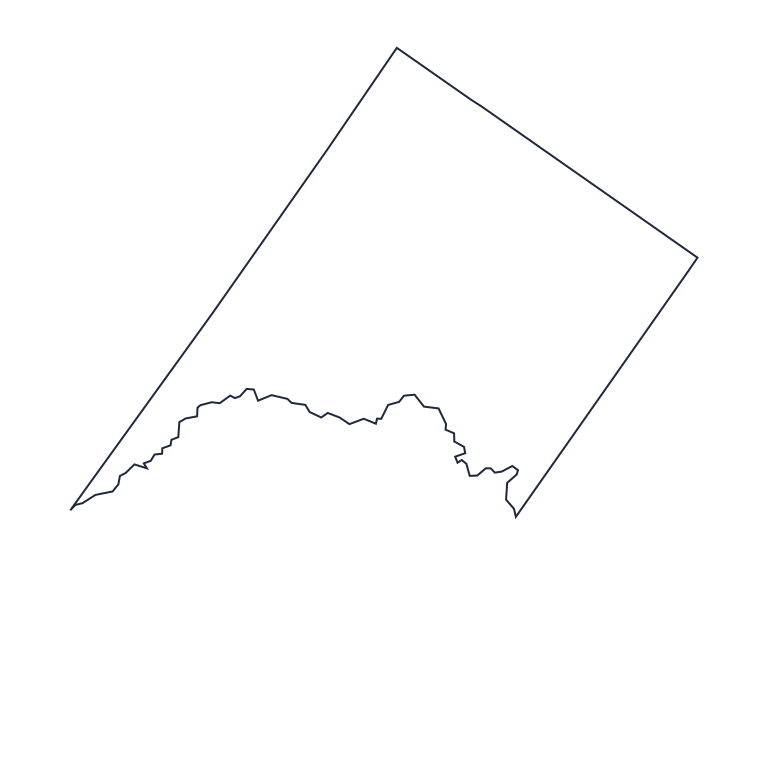 outline of Crockett, Texas, United States of America, rotated 305°
{"feature_id": "52423323B97949275752783", "entity_name": "Crockett", "entity_type": "district", "adm_level": 2, "iso_a3": "USA", "parent_name": "United States of America", "parent_adm1": "Texas", "projection": "mercator", "projection_center": [-101.803, 30.687], "detail": "fine", "context": "isolated", "style": "outline", "palette": "slate", "viewbox_px": 768, "rotation_deg": 305, "n_neighbors": 0, "source": "geoboundaries", "source_scale": "gbopen_adm2", "svg_char_len": 1174}
<svg xmlns="http://www.w3.org/2000/svg" viewBox="0 0 768 768"><g transform="rotate(305 384 384)"><path d="M542.6,203.1L343.7,202.9L135.4,199.9L100.7,199.5L107.8,200.5L113.5,205.4L127.6,211.2L140.3,223.3L149.4,224.0L157.1,220.4L162.9,223.4L175.0,225.7L178.9,238.1L181.2,232.8L187.3,237.0L194.6,236.5L199.6,242.2L204.2,239.3L211.3,244.3L216.4,241.9L222.5,246.0L235.4,238.2L242.0,241.3L250.3,249.4L257.7,244.8L261.4,245.8L270.3,253.4L274.0,260.4L286.3,264.7L286.9,269.9L291.3,273.1L301.2,274.3L304.8,280.5L298.1,290.4L310.4,298.3L316.4,313.4L315.5,319.2L321.8,331.5L318.4,339.1L320.6,351.8L328.0,354.5L331.1,366.8L331.3,378.7L343.9,387.3L346.8,400.1L351.6,398.2L353.9,401.7L369.2,399.4L378.0,406.6L385.9,407.1L392.8,415.2L388.4,429.7L395.3,442.7L386.8,457.8L381.9,460.6L383.8,469.7L377.2,474.6L378.4,485.6L373.9,490.2L365.3,484.0L361.7,489.4L366.3,491.3L365.9,497.3L357.9,506.9L362.5,512.9L373.3,515.7L376.1,519.8L375.0,525.7L379.8,530.7L390.4,536.1L390.3,543.1L386.0,544.6L373.7,541.6L359.3,550.3L356.3,562.1L350.8,568.2L649.6,568.5L662.7,568.4L667.3,568.3L667.3,375.7L667.3,304.7L666.8,293.0L666.7,201.7L542.6,203.1Z" fill="none" stroke="#1e293b" stroke-width="2"/></g></svg>